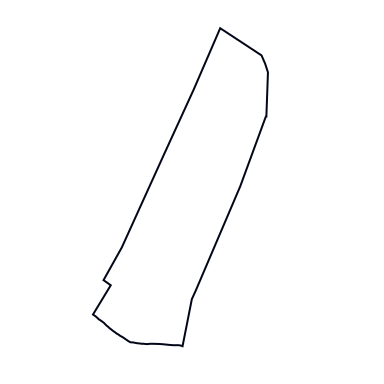 outline of Sidi Barani, Matruh, Egypt, rotated 202°
{"feature_id": "37247803B34514127980105", "entity_name": "Sidi Barani", "entity_type": "district", "adm_level": 2, "iso_a3": "EGY", "parent_name": "Egypt", "parent_adm1": "Matruh", "projection": "mercator", "projection_center": [25.953, 30.453], "detail": "fine", "context": "isolated", "style": "outline", "palette": "ink", "viewbox_px": 384, "rotation_deg": 202, "n_neighbors": 0, "source": "geoboundaries", "source_scale": "gbopen_adm2", "svg_char_len": 1200}
<svg xmlns="http://www.w3.org/2000/svg" viewBox="0 0 384 384"><g transform="rotate(202 192 192)"><path d="M237.9,41.3L234.8,40.6L233.3,40.1L232.6,39.8L231.9,39.5L231.7,39.5L230.7,39.0L229.9,38.9L229.1,38.8L228.4,38.6L227.4,38.4L227.1,38.3L226.4,38.1L226.2,38.1L224.4,37.6L223.5,37.1L222.7,36.8L221.4,36.2L221.1,36.1L219.5,35.7L218.3,35.2L217.3,34.8L216.9,34.7L216.4,34.6L215.4,34.3L214.9,34.2L214.5,34.0L213.7,33.8L212.6,33.5L212.3,33.4L212.2,33.4L210.8,33.1L209.7,32.8L209.1,32.6L208.6,32.5L208.2,32.4L207.8,32.4L207.5,32.4L207.2,32.3L206.8,32.3L206.7,32.3L206.5,32.2L206.1,32.1L205.0,31.8L204.5,31.7L204.2,31.7L203.4,31.6L202.6,31.5L201.2,31.3L200.0,31.0L198.6,30.7L197.2,30.4L195.7,30.0L194.8,29.9L193.4,29.6L192.4,29.7L190.2,30.5L188.3,30.8L185.6,31.4L183.7,32.0L181.8,32.4L180.8,32.9L177.3,33.9L175.6,34.6L174.6,35.3L171.7,36.5L166.3,38.5L162.8,39.7L159.7,40.6L157.6,41.2L154.6,42.1L151.8,43.0L150.3,43.6L148.9,44.2L147.5,44.8L145.9,45.2L145.0,45.4L143.0,45.5L152.0,92.6L151.6,101.5L149.4,215.3L151.8,289.6L151.3,289.8L166.4,331.4L172.3,338.4L178.7,344.7L227.2,354.4L228.8,287.6L232.0,217.1L236.3,114.4L241.0,77.1L232.4,75.1L237.9,41.3Z" fill="none" stroke="#020617" stroke-width="2"/></g></svg>